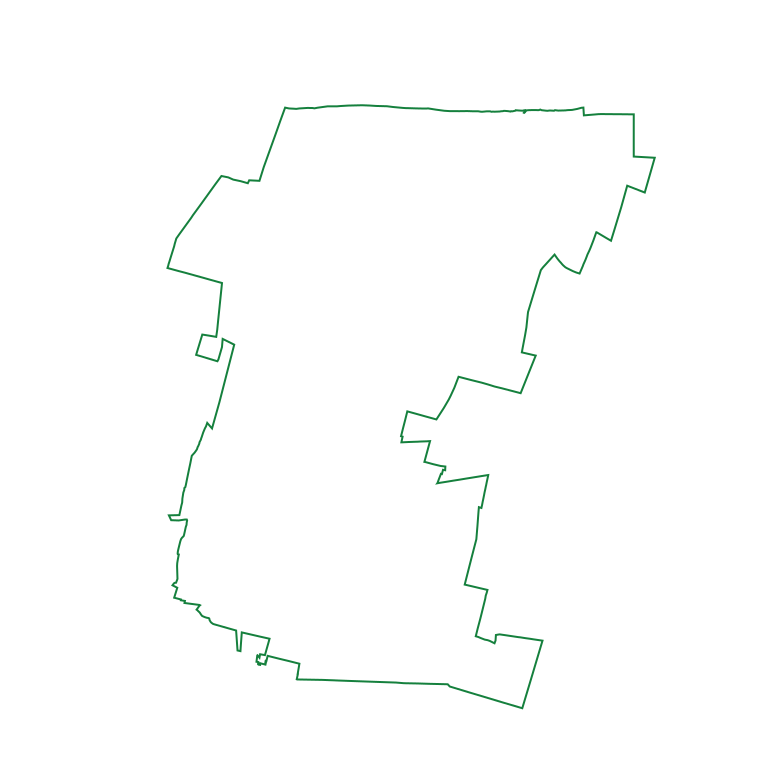 Dzidzantún, Yucatán, Mexico (orthographic projection), rotated 9°
{"feature_id": "50627088B34380918216366", "entity_name": "Dzidzantún", "entity_type": "district", "adm_level": 2, "iso_a3": "MEX", "parent_name": "Mexico", "parent_adm1": "Yucatán", "projection": "orthographic", "projection_center": [-89.022, 21.289], "detail": "fine", "context": "isolated", "style": "outline", "palette": "green", "viewbox_px": 768, "rotation_deg": 9, "n_neighbors": 0, "source": "geoboundaries", "source_scale": "gbopen_adm2", "svg_char_len": 5445}
<svg xmlns="http://www.w3.org/2000/svg" viewBox="0 0 768 768"><g transform="rotate(9 384 384)"><path d="M611.6,154.1L613.8,136.2L616.0,118.2L607.0,119.1L595.1,120.3L593.0,107.1L588.5,78.6L583.8,79.3L575.0,80.6L569.1,81.5L556.4,83.4L553.7,83.9L550.1,84.8L539.4,87.4L537.7,79.8L535.8,80.3L531.8,82.1L526.8,83.9L522.4,84.8L520.3,85.4L513.3,86.7L510.0,86.8L509.2,87.5L505.1,87.9L502.6,88.6L501.3,88.7L496.8,88.9L495.4,88.5L494.1,89.3L491.1,89.7L487.9,90.2L484.5,90.8L482.1,91.4L481.8,91.7L481.0,92.8L480.8,93.4L480.0,94.3L479.7,94.2L480.0,93.6L480.6,92.3L480.5,91.5L479.2,91.9L478.1,92.4L474.1,92.8L471.3,93.0L471.2,93.4L468.2,94.6L466.8,94.7L466.5,95.1L463.9,95.1L461.1,95.3L459.6,95.5L458.8,95.9L457.0,96.3L455.5,96.8L451.9,97.5L450.4,97.8L449.1,97.9L448.3,98.1L447.6,98.3L446.2,98.1L442.5,98.7L439.0,99.6L437.1,99.9L434.2,99.9L429.3,100.7L423.6,101.4L415.4,102.8L411.2,103.4L406.2,104.2L400.8,104.7L392.5,104.9L384.4,104.9L382.8,105.3L379.6,105.8L373.1,106.7L364.5,107.8L362.4,108.1L358.9,108.4L349.6,109.0L343.5,109.2L332.8,110.6L326.4,111.2L318.8,112.1L305.1,114.6L297.8,116.2L294.1,117.1L284.8,118.6L275.2,121.5L272.2,122.6L270.3,122.6L268.4,122.9L265.7,123.2L261.7,124.1L257.2,125.1L254.3,126.0L251.9,126.2L247.1,126.7L243.1,126.5L240.4,140.4L237.9,153.9L231.3,188.6L229.2,202.8L219.0,203.9L218.1,207.0L210.7,206.1L203.1,205.7L197.9,204.3L190.9,204.0L186.2,213.0L174.2,236.8L168.8,247.3L167.6,250.0L158.3,268.3L156.1,272.8L155.8,275.2L155.4,278.1L155.2,280.8L153.6,291.7L152.9,296.7L152.5,299.1L152.4,300.7L152.0,303.3L163.7,304.6L169.9,305.2L182.1,306.6L188.3,307.3L195.9,308.2L208.2,309.6L210.3,348.0L210.8,356.5L210.9,363.7L203.6,363.6L196.8,363.6L194.8,378.0L194.5,380.1L193.9,384.6L215.9,387.6L216.6,385.7L218.2,372.9L217.6,364.7L229.9,368.6L224.3,427.6L221.1,454.8L215.5,450.1L214.8,453.8L214.1,455.7L213.0,460.2L212.2,465.2L212.0,466.0L211.8,467.7L210.9,470.4L210.9,471.8L210.2,474.5L209.8,475.5L209.5,477.6L209.0,478.8L207.7,481.4L205.4,484.9L205.3,487.1L205.1,492.8L204.8,498.2L204.8,498.3L204.7,500.3L204.3,509.1L204.1,514.4L203.9,516.9L203.1,518.0L203.3,519.9L202.8,522.6L202.8,524.7L202.8,528.7L203.2,532.6L203.1,533.7L202.9,535.6L202.4,545.5L195.3,546.8L192.1,547.4L195.1,551.8L202.6,550.9L208.6,549.0L210.4,548.7L210.9,549.6L210.8,551.6L211.0,554.1L210.6,556.0L210.3,561.2L210.1,564.4L209.9,565.6L208.5,567.5L207.8,569.0L207.4,571.4L206.8,578.4L206.6,581.4L206.7,583.7L207.0,584.4L208.0,584.5L207.8,590.2L207.8,593.3L208.1,596.2L210.5,608.8L209.7,612.8L208.2,613.2L207.6,614.0L206.6,615.9L211.7,617.6L210.2,627.9L217.2,628.6L217.2,629.4L221.3,629.4L221.2,631.5L236.3,631.1L236.9,631.3L236.3,632.0L234.2,636.2L235.2,636.7L235.9,637.3L237.7,638.5L239.4,640.4L240.6,641.5L241.2,641.7L243.5,642.3L245.5,642.6L246.7,642.6L247.7,642.7L248.1,643.0L248.8,644.7L250.3,646.4L251.3,647.0L252.7,647.7L253.9,647.9L269.7,649.8L276.5,650.6L281.0,670.1L284.0,670.3L283.4,663.6L282.4,651.6L301.2,652.9L310.8,653.5L310.2,658.8L309.4,665.4L309.3,666.5L308.8,670.4L303.9,670.3L303.8,673.8L301.5,671.7L301.3,671.9L301.5,678.3L303.3,678.3L303.4,679.9L304.3,679.5L304.3,680.8L305.6,680.8L305.7,679.2L310.8,679.7L310.9,677.9L310.4,677.8L310.4,676.4L310.6,676.4L310.6,675.9L311.2,676.0L311.6,670.7L324.1,671.8L333.0,672.5L344.2,673.5L344.1,684.2L344.3,684.2L344.0,689.3L344.5,689.4L370.1,685.8L376.9,685.0L380.1,684.6L385.4,684.0L391.1,683.3L394.5,682.9L398.6,682.4L415.8,680.3L435.3,677.9L442.6,677.0L450.5,676.4L464.2,674.5L476.0,673.0L484.1,671.9L493.9,670.6L496.3,672.5L516.6,675.3L549.9,679.8L571.3,682.6L575.4,652.4L580.7,612.7L571.8,612.8L568.0,612.8L563.5,612.9L561.9,612.9L558.3,612.9L556.4,613.0L545.4,613.1L544.7,613.1L537.4,613.2L535.8,613.7L533.8,614.4L534.3,619.9L533.7,622.8L528.6,621.2L526.4,620.8L523.5,620.7L519.3,619.8L516.6,619.1L514.1,618.8L514.8,610.7L515.8,601.1L516.1,597.8L517.6,580.2L517.6,577.1L518.1,574.2L518.4,571.2L509.9,570.6L502.1,570.0L495.1,569.5L496.8,551.1L498.0,538.3L499.5,522.9L498.5,509.6L498.4,508.4L497.7,500.0L497.3,495.1L497.0,490.8L499.6,491.2L499.8,487.9L499.9,484.5L500.0,482.9L500.1,480.7L500.2,478.2L500.3,475.0L500.5,472.0L500.6,469.2L500.7,468.4L500.8,465.4L501.2,458.3L501.2,458.1L501.2,457.9L501.2,457.6L495.0,459.6L492.3,460.5L479.8,464.6L473.5,466.7L467.3,468.7L462.2,470.4L454.5,472.9L452.2,473.7L452.3,473.5L453.1,469.4L453.5,467.6L454.3,463.8L455.3,463.9L455.7,459.5L457.9,459.6L457.5,455.9L452.8,456.1L445.1,455.5L436.9,454.6L436.1,454.6L437.5,441.6L438.4,433.2L435.3,433.9L428.6,435.2L425.9,435.8L423.2,436.3L417.1,437.5L410.9,438.8L410.3,438.9L410.6,433.1L409.0,432.9L409.7,425.0L410.5,416.6L411.3,407.4L414.9,407.8L420.3,408.4L429.7,409.5L441.3,410.8L446.8,398.4L450.4,389.2L451.7,385.1L454.1,376.6L456.5,365.2L467.8,366.3L469.9,366.5L480.3,367.4L486.8,368.2L488.9,368.5L493.6,369.2L501.1,369.8L520.4,371.7L529.4,332.2L527.7,332.1L515.2,331.2L515.3,326.7L515.7,313.9L515.8,305.9L515.1,292.6L515.0,290.4L515.8,284.7L516.9,276.7L518.3,266.7L519.2,260.3L521.1,247.0L522.6,244.2L523.5,242.8L524.9,240.7L532.2,229.5L532.5,229.8L535.6,233.0L536.8,234.1L538.5,235.6L539.3,236.2L539.7,236.5L540.8,237.5L542.3,238.7L544.8,240.3L546.3,240.9L553.0,243.0L553.5,243.1L556.4,243.8L559.9,244.3L562.0,236.1L562.2,234.8L563.0,231.9L563.6,229.6L564.4,225.9L564.7,224.3L565.9,220.3L566.7,217.1L568.4,209.2L569.7,202.2L570.0,200.9L570.6,201.0L577.9,203.9L580.9,205.1L585.8,207.0L587.5,195.1L589.8,178.4L590.6,172.7L591.7,163.2L593.2,150.1L611.6,154.1Z" fill="none" stroke="#15803d" stroke-width="2"/></g></svg>